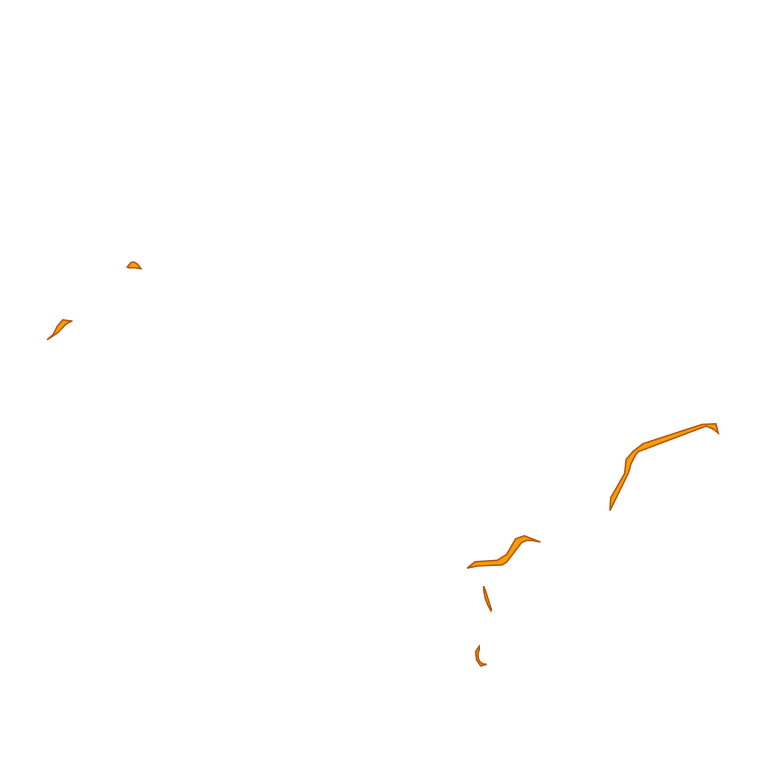 the state/province of Ratak Chain, rotated 131°
{"feature_id": "MHL-4969", "entity_name": "Ratak Chain", "entity_type": "state/province", "adm_level": 1, "iso_a3": "MHL", "parent_name": "Marshall Islands", "parent_adm1": "", "projection": "equal_earth", "projection_center": [171.288, 10.331], "detail": "fine", "context": "isolated", "style": "filled", "palette": "amber", "viewbox_px": 768, "rotation_deg": 131, "n_neighbors": 0, "source": "natural_earth", "source_scale": "10m", "svg_char_len": 1063}
<svg xmlns="http://www.w3.org/2000/svg" viewBox="0 0 768 768"><g transform="rotate(131 384 384)"><path d="M331.3,130.4L321.3,138.2L293.6,143.7L282.1,151.8L271.6,151.8L259.1,149.4L205.8,117.4L196.3,107.4L201.8,99.5L201.9,104.4L202.5,107.5L204.4,113.3L268.2,147.7L272.4,147.6L282.2,145.2L290.3,141.3L331.3,130.4ZM468.4,200.4L458.5,198.7L442.8,182.9L432.1,179.6L414.5,183.1L406.5,178.5L400.7,162.2L404.4,168.9L408.5,173.7L413.5,176.1L438.0,174.6L443.0,176.1L459.9,194.0L468.4,200.4ZM571.7,667.3L563.6,666.2L554.5,668.5L546.3,668.5L541.0,660.4L541.8,661.0L544.2,662.2L547.8,663.3L559.0,663.8L571.7,667.3ZM456.4,643.1L457.9,645.2L459.4,648.0L463.5,652.5L464.2,654.6L461.7,654.6L457.8,654.5L455.8,652.4L455.3,648.6L456.4,643.1ZM481.8,158.3L482.6,156.9L483.2,155.6L483.9,154.8L485.1,154.4L482.6,160.9L479.5,166.8L475.6,171.9L471.2,176.3L473.5,171.6L481.8,158.3ZM526.1,136.0L529.2,132.8L530.7,129.4L530.5,126.0L528.3,122.6L533.4,126.1L531.5,133.2L525.9,139.3L519.5,140.1L521.0,138.5L522.6,137.5L526.1,136.0Z" fill="#f59e0b" stroke="#b45309" stroke-width="1.5"/></g></svg>